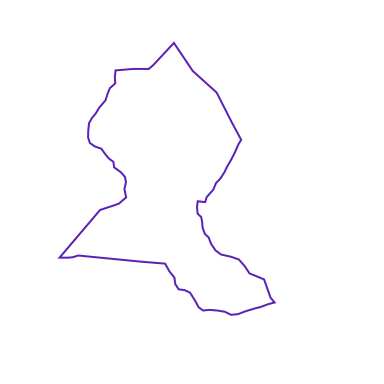 outline of Rosário do Catete, Sergipe, Brazil, rotated 29°
{"feature_id": "56859067B61621053518768", "entity_name": "Rosário do Catete", "entity_type": "district", "adm_level": 2, "iso_a3": "BRA", "parent_name": "Brazil", "parent_adm1": "Sergipe", "projection": "albers", "projection_center": [-37.028, -10.681], "detail": "fine", "context": "isolated", "style": "outline", "palette": "violet", "viewbox_px": 384, "rotation_deg": 29, "n_neighbors": 0, "source": "geoboundaries", "source_scale": "gbopen_adm2", "svg_char_len": 1210}
<svg xmlns="http://www.w3.org/2000/svg" viewBox="0 0 384 384"><g transform="rotate(29 192 192)"><path d="M103.9,70.4L96.5,100.1L94.5,105.3L81.0,112.8L66.2,122.7L68.9,129.1L72.2,134.1L69.8,141.1L70.5,146.7L71.9,153.8L70.0,163.0L69.7,170.1L68.6,176.0L68.6,181.8L71.6,188.8L74.7,194.7L78.9,198.6L84.9,199.3L91.8,198.1L98.1,201.1L103.4,203.1L108.6,203.7L112.0,208.2L120.2,209.2L126.0,211.3L129.5,215.4L131.5,222.2L137.0,228.7L133.7,237.6L130.2,241.6L125.1,247.1L120.3,252.3L108.0,313.6L115.0,309.8L119.3,306.9L123.3,302.7L182.2,277.2L203.2,267.7L210.8,272.4L218.1,275.4L222.0,280.6L227.5,283.6L233.1,281.4L239.1,281.0L247.0,285.3L253.7,289.6L259.1,290.3L264.3,286.7L271.8,283.3L278.9,280.8L285.6,280.5L291.4,276.6L296.6,270.4L303.7,263.1L307.6,259.5L312.8,253.4L317.8,248.6L312.0,246.4L297.4,233.5L281.7,235.3L274.3,231.4L265.7,228.3L257.2,229.8L247.8,232.6L240.9,231.7L233.7,228.0L228.5,223.6L223.6,222.5L218.5,218.0L215.5,213.5L212.3,209.5L207.4,208.2L203.7,202.8L201.5,197.3L208.4,194.5L207.3,189.4L209.5,179.5L208.7,172.5L210.3,166.4L210.8,159.2L210.4,153.1L210.6,145.4L210.3,136.1L209.5,128.0L209.7,122.5L193.2,111.9L165.4,93.1L134.0,85.8L103.9,70.4Z" fill="none" stroke="#5b21b6" stroke-width="2"/></g></svg>